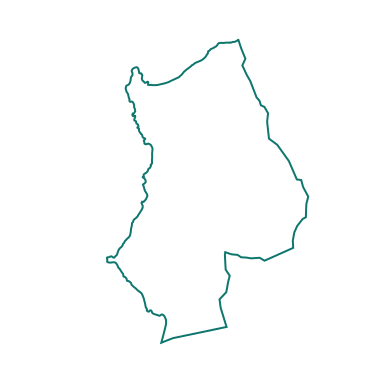 the district of Anse Chastanet, Soufrière, Saint Lucia, rotated 65°
{"feature_id": "8701671B43516735791505", "entity_name": "Anse Chastanet", "entity_type": "district", "adm_level": 2, "iso_a3": "LCA", "parent_name": "Saint Lucia", "parent_adm1": "Soufrière", "projection": "mercator", "projection_center": [-61.072, 13.864], "detail": "fine", "context": "isolated", "style": "outline", "palette": "teal", "viewbox_px": 384, "rotation_deg": 65, "n_neighbors": 0, "source": "geoboundaries", "source_scale": "gbopen_adm2", "svg_char_len": 5903}
<svg xmlns="http://www.w3.org/2000/svg" viewBox="0 0 384 384"><g transform="rotate(65 192 192)"><path d="M263.0,99.5L251.3,93.5L245.3,88.6L234.5,89.2L227.3,88.0L224.9,91.7L205.0,91.1L185.2,94.8L176.2,99.7L160.0,94.2L152.8,89.8L145.5,90.4L142.5,92.9L137.7,92.3L133.5,93.5L116.1,92.3L108.9,92.9L98.6,92.9L93.8,87.3L82.4,86.7L73.8,85.7L73.6,86.2L74.0,86.8L73.9,88.1L74.0,89.8L73.6,90.9L73.2,91.6L73.2,93.2L72.8,93.9L72.8,94.3L72.4,94.6L72.4,95.3L71.0,98.0L70.4,100.0L69.6,101.7L69.0,102.9L68.6,104.0L68.5,104.9L68.7,105.7L69.5,107.0L69.9,107.7L70.2,108.6L70.3,110.2L70.5,111.0L70.5,114.9L71.2,116.3L71.3,117.3L71.5,118.0L73.2,119.2L73.9,120.7L74.4,121.2L75.3,122.8L75.9,124.3L76.6,127.3L76.6,129.9L76.4,134.8L77.1,137.3L77.1,138.6L77.7,140.1L78.8,145.4L79.7,148.6L80.3,149.8L80.9,150.8L81.4,152.1L81.8,153.7L82.1,154.2L82.4,155.5L82.4,158.6L82.4,159.5L82.4,160.3L82.4,163.7L82.4,164.5L82.5,167.3L82.3,168.2L82.1,170.1L81.7,172.1L81.7,172.6L81.3,173.7L81.2,174.6L80.5,177.8L80.0,179.2L79.1,181.3L78.5,182.5L78.2,183.0L77.8,183.6L77.4,184.2L77.2,184.8L77.1,185.4L76.2,186.5L74.0,185.3L73.7,185.3L73.4,185.5L73.4,186.3L73.3,188.3L73.2,188.5L72.9,188.7L72.6,188.7L70.0,189.7L69.3,189.8L68.1,189.6L65.2,187.7L64.7,187.7L64.3,187.9L63.8,188.0L63.7,187.8L63.1,187.9L62.3,189.1L61.7,189.6L60.7,189.1L60.3,189.1L58.3,188.7L57.6,188.7L57.3,188.6L56.5,188.8L55.8,189.1L55.4,189.7L55.1,191.5L55.4,193.9L56.2,195.0L56.8,195.5L57.8,195.7L58.9,195.6L60.9,196.6L61.2,196.9L61.8,198.3L62.6,199.1L65.0,200.6L66.3,201.7L67.0,202.5L67.7,203.5L68.0,204.9L67.9,206.3L68.2,206.9L69.7,208.1L70.6,208.5L71.8,208.6L72.5,208.9L74.5,208.8L75.0,208.7L76.6,208.6L77.7,209.0L79.2,209.2L80.0,209.5L80.2,209.4L81.2,209.4L82.0,209.7L82.5,210.1L83.2,210.2L84.2,209.9L84.4,208.7L85.1,207.9L85.9,207.6L86.9,207.5L88.2,207.7L89.1,207.8L90.6,208.6L91.9,208.6L93.2,208.9L94.8,209.3L95.4,210.2L96.1,211.4L96.5,212.2L96.3,212.7L96.1,212.8L96.7,213.4L97.1,213.5L97.7,213.4L98.0,213.5L98.4,213.3L98.5,212.2L99.0,211.4L99.5,211.5L99.9,211.7L101.9,213.7L102.8,214.0L104.2,212.9L104.6,212.9L105.7,213.3L106.2,213.4L107.0,213.1L108.0,212.5L108.8,212.6L109.7,212.8L110.3,213.0L110.6,213.7L110.3,213.8L110.3,214.1L110.6,214.3L111.6,213.8L112.2,213.4L112.6,213.4L113.2,213.8L114.0,214.1L115.6,214.1L117.5,213.6L118.0,213.7L118.4,213.4L119.0,213.1L119.4,213.1L120.6,213.4L121.3,213.5L121.8,213.4L122.3,213.2L122.5,213.0L122.9,212.7L123.5,212.1L123.8,211.9L124.2,212.0L124.7,213.2L124.7,213.4L124.9,213.7L125.1,214.0L126.1,214.0L126.5,214.1L126.8,214.2L127.6,214.5L128.1,214.6L128.9,214.1L129.4,213.3L129.5,212.3L129.4,212.2L129.7,211.2L129.8,211.0L131.6,209.6L131.9,209.5L132.2,209.4L132.5,209.4L132.9,209.4L133.7,209.3L134.5,209.3L135.1,209.3L136.0,209.5L136.7,209.8L140.3,211.9L141.6,212.5L143.3,213.2L145.7,214.5L146.5,215.0L147.9,215.6L148.6,215.8L149.0,216.0L149.3,216.3L149.6,217.0L149.8,217.7L149.9,217.9L150.1,218.1L150.7,218.1L151.1,218.3L152.3,219.8L152.4,220.3L152.6,221.6L152.7,221.8L153.8,222.7L154.4,223.4L154.8,224.2L155.2,225.3L155.3,226.1L155.3,226.6L155.5,227.7L155.6,228.0L156.0,228.6L156.5,228.9L157.0,229.0L157.4,229.0L157.6,229.5L157.6,230.2L157.7,230.4L158.1,230.4L158.4,230.2L159.2,229.4L159.4,229.3L159.6,229.3L160.1,229.4L160.3,229.3L160.6,229.3L161.7,229.2L162.4,229.3L163.1,229.6L163.3,229.7L163.5,230.0L163.9,230.7L164.1,231.3L164.3,232.1L164.3,232.4L164.4,233.0L164.7,233.4L165.1,233.5L166.3,233.4L169.2,233.9L169.8,233.9L170.9,234.2L171.5,234.1L172.9,233.9L174.7,233.7L175.3,233.8L175.6,233.8L176.6,234.1L177.0,234.4L178.7,236.3L179.3,237.2L180.0,238.7L180.3,239.5L180.2,239.7L180.4,240.2L180.4,240.6L180.3,240.8L179.7,241.3L179.8,241.5L180.3,242.2L180.7,242.4L181.3,242.5L182.3,242.4L183.8,242.6L184.6,242.9L185.1,243.2L185.4,243.4L185.9,244.0L186.5,244.8L187.1,245.5L188.8,248.2L189.7,249.7L190.3,250.6L190.6,251.1L190.8,251.2L191.1,251.7L191.4,252.2L191.7,253.3L191.9,253.7L192.4,256.1L193.0,257.1L194.0,257.8L194.3,258.1L194.8,259.4L195.4,259.8L195.8,260.0L196.1,260.2L196.9,260.7L198.6,261.9L199.3,262.6L199.6,262.8L201.8,264.1L203.7,265.4L204.9,266.3L205.2,266.7L205.6,267.1L205.8,267.4L206.5,268.7L206.6,269.4L207.1,270.9L207.7,272.4L208.0,273.2L208.2,273.6L208.8,274.3L209.3,274.9L209.9,276.4L211.0,277.5L211.8,278.7L211.9,279.1L212.5,281.1L213.0,282.2L213.6,283.0L214.3,283.9L215.2,284.8L216.1,285.5L216.9,286.3L217.3,286.8L218.0,289.0L218.6,290.1L218.6,290.3L218.2,291.0L216.9,291.7L216.1,292.5L216.0,293.0L215.9,295.2L215.6,296.0L215.5,296.5L215.7,296.9L215.8,297.0L217.8,297.5L218.2,297.7L218.8,298.1L219.0,298.2L219.4,298.3L219.9,298.0L220.2,297.8L220.7,297.2L221.5,295.9L222.2,293.6L222.6,292.6L222.8,292.2L223.1,291.8L223.5,291.4L223.8,291.2L224.5,290.9L226.1,290.6L226.6,290.6L227.4,290.6L229.3,290.7L229.8,290.6L230.6,290.2L231.0,290.1L233.4,289.8L235.9,289.4L236.5,289.2L237.6,289.2L238.1,289.3L238.7,289.5L239.1,289.7L239.4,289.8L239.6,289.7L239.9,289.5L240.3,289.1L240.8,288.6L242.5,288.0L243.0,288.0L243.6,288.1L244.4,288.3L245.0,288.3L245.4,288.0L245.8,287.3L246.4,286.8L246.9,286.6L248.2,285.8L249.3,285.8L250.2,286.0L251.3,285.7L253.3,284.9L255.8,283.6L256.5,283.4L258.2,282.8L261.8,280.8L262.5,280.6L263.6,280.5L265.4,280.5L267.9,280.7L273.4,281.7L276.9,282.6L278.9,282.4L279.1,282.3L280.0,282.9L280.5,283.0L281.6,282.5L282.2,281.7L281.7,280.4L281.6,280.0L281.8,279.6L282.0,279.2L282.8,279.0L283.6,279.0L284.2,279.1L284.8,279.1L285.6,278.7L286.4,278.1L288.1,276.3L289.3,274.9L290.0,274.4L290.4,273.8L290.4,272.9L290.2,271.8L290.3,271.0L290.8,270.4L291.9,269.8L292.9,269.5L295.8,269.5L297.0,269.7L297.7,269.9L300.4,271.1L303.9,273.8L311.1,279.7L315.6,283.5L316.4,271.0L328.9,217.7L325.2,217.2L309.2,215.0L300.9,212.4L297.3,203.3L289.0,197.4L283.8,193.2L276.6,194.3L263.2,188.9L260.6,187.3L265.2,182.5L268.3,177.2L271.9,175.1L274.5,170.3L277.1,166.5L280.2,158.5L284.9,155.3L285.4,123.9L278.7,121.2L271.9,116.4L267.3,111.1L263.2,103.1L263.0,99.5Z" fill="none" stroke="#0f766e" stroke-width="2"/></g></svg>